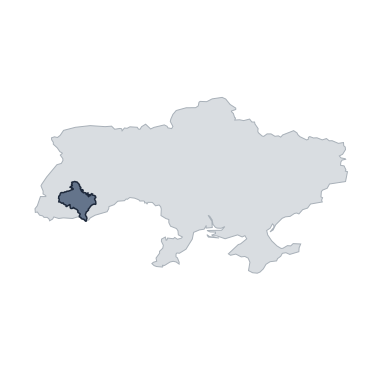 Ukraine, with Ivano-Frankivs'k highlighted, rotated 352°
{"feature_id": "UKR-289", "entity_name": "Ivano-Frankivs'k", "entity_type": "Region", "adm_level": 1, "iso_a3": "UKR", "parent_name": "Ukraine", "parent_adm1": "", "projection": "natural_earth1", "projection_center": [24.645, 48.617], "detail": "fine", "context": "in_parent", "style": "filled", "palette": "slate", "viewbox_px": 384, "rotation_deg": 352, "n_neighbors": 0, "source": "natural_earth", "source_scale": "10m", "svg_char_len": 7989}
<svg xmlns="http://www.w3.org/2000/svg" viewBox="0 0 384 384"><g transform="rotate(352 192 192)"><path d="M264.2,251.6L268.7,257.3L272.4,260.3L274.2,260.4L279.0,258.4L282.3,259.1L285.0,257.2L292.4,258.6L290.3,262.2L289.5,266.0L280.1,267.4L276.6,265.2L272.9,265.3L270.9,268.0L267.4,269.9L266.2,272.0L259.6,271.9L255.2,273.9L252.0,278.0L248.3,280.7L245.4,281.5L240.8,280.4L237.0,277.7L239.6,269.6L238.4,265.3L235.4,263.2L231.7,263.1L226.8,259.6L221.3,260.0L219.4,258.3L230.5,250.5L232.9,250.1L239.7,246.0L238.3,242.6L235.4,243.5L231.2,240.8L218.3,242.9L210.3,238.8L206.6,238.4L205.7,237.4L209.4,236.5L209.7,235.0L204.4,234.1L201.5,232.2L216.0,234.0L219.7,230.8L215.8,232.0L211.7,231.2L210.2,230.2L208.3,227.0L208.1,222.5L206.2,218.5L204.7,217.3L207.6,223.8L207.1,230.0L201.0,229.7L201.5,227.1L198.8,230.5L194.0,230.6L188.0,232.2L185.7,238.7L178.1,247.8L171.0,250.9L168.6,250.3L167.6,251.1L167.1,253.9L168.4,255.2L169.5,259.7L169.2,261.6L166.6,259.1L163.7,258.0L160.5,258.3L154.6,260.9L152.6,260.5L152.8,261.8L152.2,262.2L146.6,260.9L144.2,259.6L142.3,257.3L144.0,256.2L147.4,255.7L147.2,252.4L151.4,248.1L151.6,246.2L155.2,243.6L156.2,240.8L154.8,236.5L155.3,234.4L159.3,232.9L159.7,236.2L160.6,235.9L161.4,234.2L167.0,235.7L168.6,234.6L171.0,236.8L175.2,236.2L176.2,235.2L172.5,232.5L172.7,228.4L171.5,226.0L166.0,222.9L164.8,219.2L165.2,216.0L162.5,214.7L158.0,211.0L159.2,204.6L158.9,202.2L157.6,200.3L154.0,200.6L151.3,196.8L147.0,196.1L145.8,197.5L145.1,196.2L143.6,196.3L143.7,194.7L142.7,194.1L139.1,193.7L138.2,192.3L134.3,190.1L129.6,188.8L127.0,190.2L125.8,189.8L123.9,191.2L117.2,190.8L113.2,193.7L107.7,194.9L107.2,197.0L105.2,199.7L92.8,201.5L87.6,203.5L85.9,205.3L82.7,205.9L77.1,201.1L75.5,200.7L70.0,201.6L61.0,199.7L56.4,199.7L51.7,197.5L50.2,199.4L47.0,200.7L46.7,198.9L45.1,197.0L41.9,196.5L40.8,194.9L37.8,193.7L36.1,190.3L34.0,190.4L34.2,186.7L36.9,184.1L41.3,175.4L46.6,176.2L46.7,175.2L44.2,173.2L44.7,170.4L43.3,164.9L44.3,163.4L50.2,156.9L62.0,146.2L66.6,145.5L68.6,142.8L68.7,140.9L66.7,137.1L68.9,135.8L68.8,135.2L66.8,133.7L64.7,129.5L61.3,125.4L61.6,123.6L60.3,120.8L60.4,118.8L63.5,118.2L66.3,119.3L69.3,117.6L73.4,113.1L85.6,111.7L100.4,112.1L115.1,115.2L121.5,115.6L124.2,119.1L129.5,119.0L131.1,119.6L131.3,121.7L134.0,119.2L136.6,119.9L139.6,118.8L146.8,120.3L147.7,122.2L149.2,122.7L151.2,120.3L155.5,118.4L159.8,123.8L163.4,122.7L173.9,121.7L176.5,123.5L177.0,125.1L180.7,126.4L182.2,124.4L180.3,119.1L181.1,117.0L183.9,112.5L187.7,109.1L197.9,107.8L207.4,109.0L210.2,107.6L211.4,104.1L212.6,103.4L219.1,104.6L224.9,102.6L235.0,102.5L238.3,104.6L241.9,110.6L247.0,115.0L246.8,116.4L242.3,117.3L242.3,118.0L243.9,120.0L244.6,124.3L245.4,124.8L244.4,126.7L249.2,127.1L253.1,128.5L259.2,127.8L261.0,131.0L263.7,131.4L263.8,133.4L266.3,138.4L265.6,141.0L266.0,142.6L269.3,146.4L270.8,146.9L274.4,144.9L278.4,145.5L281.9,148.4L285.3,148.4L287.5,150.0L289.8,148.1L301.2,145.4L304.2,148.1L304.7,149.8L306.5,152.2L312.8,156.4L314.5,156.0L314.9,154.1L316.3,153.5L319.8,155.4L323.3,155.7L328.2,158.5L332.6,157.8L335.0,160.4L337.9,160.7L343.7,164.2L348.9,164.1L348.7,167.3L350.0,168.8L349.9,171.4L346.4,175.6L342.9,176.8L344.2,178.9L348.4,180.4L348.7,181.0L345.1,181.3L343.6,182.9L342.8,186.2L346.2,187.3L347.5,191.4L346.8,192.7L348.8,193.5L345.5,203.0L329.3,203.2L326.4,207.1L321.6,208.3L320.2,209.5L319.0,214.8L320.5,215.8L319.2,218.1L319.6,220.0L307.7,220.4L304.2,224.0L299.1,224.9L294.8,228.6L292.8,227.4L290.5,227.5L285.7,229.8L281.1,229.6L277.6,230.6L270.3,236.1L267.0,240.9L263.7,242.4L268.2,238.4L268.4,236.4L267.2,234.8L264.4,238.7L260.6,240.5L261.0,245.1L264.2,251.6ZM212.4,241.3L201.9,238.9L200.8,236.3L203.2,238.6L212.4,241.3Z" fill="#d9dde1" stroke="#a8b0b8" stroke-width="1"/><path d="M83.3,206.0L82.8,206.1L82.4,205.9L82.0,205.3L81.4,204.4L81.2,204.1L80.9,203.9L79.5,203.4L78.9,203.1L78.6,202.8L78.5,202.5L78.5,202.2L78.4,201.9L78.1,201.6L77.7,201.3L77.0,200.9L77.0,200.7L77.2,199.9L77.3,199.6L78.2,198.4L78.2,198.2L77.6,197.5L76.4,196.5L76.3,196.3L76.3,196.2L76.2,196.0L76.1,195.9L76.1,195.7L76.5,195.0L76.5,194.9L76.5,194.7L76.1,194.2L75.8,193.7L75.7,193.5L74.5,192.6L74.2,192.4L74.0,192.2L73.8,192.1L73.7,192.0L73.6,191.9L73.2,191.9L72.9,191.3L72.9,191.2L72.6,190.9L72.4,190.8L72.2,190.8L72.0,191.1L72.0,191.3L71.8,191.4L71.6,191.5L71.1,191.6L70.6,191.6L70.1,191.5L69.9,191.5L69.8,191.4L69.6,191.2L69.4,191.0L69.4,190.9L69.3,190.2L69.2,189.9L69.2,189.7L69.4,189.2L69.4,188.8L69.3,188.5L69.3,188.4L69.3,188.2L69.4,187.8L69.4,187.6L69.2,187.5L68.9,187.5L68.1,188.0L67.7,188.1L67.0,188.3L66.6,188.5L66.3,188.7L66.1,188.9L65.9,188.9L65.7,188.9L65.4,188.8L65.3,188.7L65.3,188.4L65.4,188.1L65.5,187.9L65.4,187.6L65.3,187.4L65.1,187.2L64.9,187.1L64.6,187.0L64.4,186.9L64.2,186.8L63.3,186.1L63.2,186.0L63.1,185.9L63.1,185.5L63.1,185.3L63.1,185.2L62.9,185.0L62.7,185.0L62.5,184.9L62.3,184.9L62.1,185.0L61.8,185.0L61.7,185.0L61.2,184.8L60.1,183.7L59.4,183.4L58.7,183.2L59.5,180.8L59.5,180.6L59.4,180.2L59.1,179.8L59.0,179.7L59.1,179.4L59.5,177.7L59.9,177.4L60.7,176.8L60.8,176.6L60.9,176.3L61.4,175.2L61.6,174.9L61.9,174.7L62.2,174.5L62.4,174.5L62.7,174.4L64.4,174.7L65.3,174.6L65.6,174.5L66.0,174.2L66.4,174.2L67.0,174.4L67.4,174.3L68.2,173.8L68.5,173.8L69.4,174.0L69.6,174.0L69.8,174.0L70.6,173.7L70.8,173.7L71.2,173.7L71.6,173.6L71.8,173.5L72.5,173.2L73.2,173.0L73.5,172.9L73.8,173.0L74.1,173.0L74.4,172.9L74.6,172.8L74.7,172.7L74.8,172.5L74.8,172.4L74.3,171.7L74.1,171.8L73.8,171.8L73.4,171.7L73.2,171.1L73.2,170.9L73.4,170.7L73.4,170.4L73.1,170.2L72.9,170.2L72.9,170.3L72.5,170.5L72.3,170.6L72.2,170.6L71.9,170.4L72.0,170.1L72.4,169.9L72.6,169.8L73.0,169.8L73.3,169.8L73.5,169.7L73.8,169.4L74.3,168.9L74.4,168.7L73.8,168.2L73.7,168.2L73.8,167.8L74.4,167.1L74.5,166.9L74.5,166.7L74.4,166.5L74.3,166.3L74.2,166.2L74.3,166.1L74.3,165.9L74.5,165.7L74.8,165.4L75.5,165.6L77.0,165.3L77.3,165.3L77.5,165.3L77.8,165.5L78.2,165.7L78.3,165.8L78.5,165.9L78.8,165.9L79.0,166.0L79.4,166.0L80.8,167.9L81.1,168.3L81.4,169.0L81.5,169.2L81.6,169.4L81.6,169.5L81.5,169.8L81.4,170.0L81.6,170.4L81.7,170.8L81.7,171.1L81.8,171.2L81.8,171.3L82.2,171.4L82.3,171.5L82.4,171.9L82.5,172.0L82.5,172.4L82.5,172.5L82.4,172.6L82.1,172.9L82.0,173.0L81.9,173.1L82.0,173.2L82.1,173.5L82.1,173.8L82.0,174.1L82.1,174.3L82.2,174.5L82.3,174.5L82.5,174.5L82.8,174.3L83.0,174.3L83.4,174.4L84.0,174.5L84.2,174.8L84.3,174.9L84.3,175.0L84.3,175.3L84.4,175.5L84.3,175.9L84.2,175.9L83.8,175.9L83.3,175.7L83.1,175.6L82.9,175.7L82.7,175.7L82.7,175.8L82.7,176.0L82.8,176.1L83.0,176.3L83.5,176.5L83.8,176.7L83.8,177.0L84.2,177.5L84.4,177.7L84.7,177.7L85.5,177.6L86.7,178.1L86.8,178.3L86.8,178.5L86.7,178.9L86.7,179.1L86.8,179.3L87.2,179.9L87.5,180.0L87.6,179.9L87.7,179.6L87.7,179.4L87.8,179.2L88.0,178.9L88.4,178.6L88.6,178.5L88.9,178.6L88.7,179.0L88.6,179.6L88.5,180.2L88.5,180.6L89.0,180.2L89.4,180.2L90.3,180.6L90.0,180.9L89.0,181.1L88.8,181.5L89.0,182.1L89.4,181.9L90.3,181.2L90.6,181.1L90.8,181.2L90.8,180.9L90.8,180.6L90.7,180.4L90.8,180.3L91.2,180.3L91.4,180.3L91.6,180.4L91.9,180.5L92.1,180.4L92.2,180.1L92.3,179.9L92.4,180.0L92.7,180.1L92.9,180.1L92.7,180.4L92.6,180.6L92.7,180.9L93.1,181.2L93.5,181.4L93.8,181.5L94.2,181.5L94.5,181.7L95.0,182.1L95.5,182.3L95.8,182.7L95.8,182.9L95.7,183.0L95.6,183.3L95.8,183.6L96.0,183.8L95.9,184.0L95.8,184.3L95.1,184.7L94.9,184.9L94.7,185.0L94.6,185.3L94.5,185.5L94.6,185.8L94.8,186.4L95.2,187.5L95.3,187.8L95.2,189.8L95.1,190.4L95.0,190.5L94.9,190.7L94.7,190.8L94.2,190.6L93.8,190.5L93.6,190.4L93.3,190.4L92.5,190.5L91.8,190.7L91.1,191.0L89.7,191.9L88.0,193.7L87.9,193.8L87.7,193.9L87.5,194.0L87.2,194.2L87.1,194.3L87.0,194.5L86.9,194.7L86.9,194.8L87.0,195.0L87.1,195.3L87.0,195.5L86.8,195.5L86.7,195.6L85.6,196.6L85.4,196.7L85.1,196.8L84.9,196.8L84.6,197.0L84.4,197.3L84.3,197.7L84.2,197.9L83.4,199.2L83.4,199.4L83.3,199.6L83.3,199.8L83.4,200.2L83.4,200.5L83.6,201.1L83.9,201.5L84.0,201.6L84.1,201.8L84.1,202.3L84.1,202.5L84.3,202.9L84.3,203.0L84.3,203.4L83.4,205.1L83.3,205.6L83.3,206.0Z" fill="#64748b" stroke="#1e293b" stroke-width="1.5"/></g></svg>